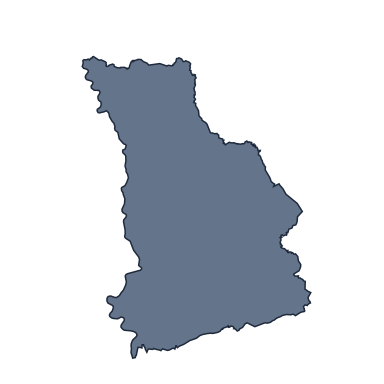 the district of Huetamo, Michoacán, Mexico, rotated 79°
{"feature_id": "50627088B12818336981253", "entity_name": "Huetamo", "entity_type": "district", "adm_level": 2, "iso_a3": "MEX", "parent_name": "Mexico", "parent_adm1": "Michoacán", "projection": "mercator", "projection_center": [-101.141, 18.66], "detail": "fine", "context": "isolated", "style": "filled", "palette": "slate", "viewbox_px": 384, "rotation_deg": 79, "n_neighbors": 0, "source": "geoboundaries", "source_scale": "gbopen_adm2", "svg_char_len": 6003}
<svg xmlns="http://www.w3.org/2000/svg" viewBox="0 0 384 384"><g transform="rotate(79 192 192)"><path d="M343.8,281.9L343.7,279.2L342.2,278.7L341.8,277.9L334.2,274.7L334.6,272.8L335.5,270.9L332.4,270.1L332.7,268.7L333.9,268.7L336.1,267.8L337.5,267.8L340.7,266.9L337.9,265.0L337.7,264.0L338.1,263.6L339.0,260.8L338.6,259.6L338.3,259.4L339.1,258.5L339.3,257.5L339.8,256.9L340.8,254.3L341.8,252.8L340.3,250.9L342.8,246.4L342.8,244.4L341.7,240.7L342.1,239.5L342.9,238.8L339.9,237.1L340.0,236.7L340.6,236.8L342.0,236.1L340.9,233.9L340.0,229.3L337.4,222.4L336.4,215.5L334.5,211.9L333.9,208.6L333.9,203.5L334.2,200.6L334.8,198.6L334.7,193.4L334.0,190.9L333.4,190.4L332.6,189.2L332.6,188.2L332.2,187.7L332.0,188.2L331.5,187.0L331.0,183.2L330.1,182.0L330.4,181.7L331.6,182.1L331.9,181.6L331.8,180.7L331.0,179.4L331.9,177.5L333.3,176.6L334.1,177.1L334.2,176.5L335.2,175.2L336.7,174.5L337.1,173.9L336.7,172.3L335.4,171.1L334.6,168.2L331.5,165.0L331.0,162.8L336.2,156.0L334.4,145.9L334.4,144.9L335.1,143.1L334.9,139.9L333.7,137.5L333.4,135.7L331.9,132.8L331.1,128.3L330.4,127.0L330.3,122.6L331.4,118.4L331.2,116.6L331.4,115.7L333.1,114.1L330.8,108.2L330.7,104.4L330.1,104.0L329.7,104.3L327.8,104.0L327.4,104.4L325.7,104.4L324.4,102.5L325.4,100.5L324.9,100.2L323.8,98.3L323.5,96.9L321.9,97.1L321.5,97.7L320.3,98.1L317.8,98.3L313.4,94.6L311.6,97.1L308.9,99.6L301.3,97.9L300.7,99.3L298.8,100.1L298.4,101.1L297.0,102.2L296.8,103.8L296.1,104.1L294.7,103.5L294.3,106.8L292.6,107.9L291.8,107.5L289.7,101.9L286.5,99.8L284.0,99.1L279.9,100.7L275.5,100.5L272.5,102.2L272.6,103.8L271.0,104.6L270.4,105.5L271.0,105.6L271.1,106.0L270.4,106.1L269.5,107.1L269.5,108.1L270.0,108.6L269.6,109.5L268.7,109.3L268.4,109.9L267.7,109.2L267.5,110.4L265.3,112.0L264.6,113.8L263.3,115.3L262.8,115.3L262.6,114.3L262.1,113.7L260.8,114.4L260.6,115.2L259.4,114.6L258.7,115.3L256.2,113.9L254.5,113.6L253.6,114.2L253.4,112.5L252.5,113.2L251.3,112.6L251.3,111.6L252.5,110.7L251.9,107.8L252.3,107.4L251.4,107.0L249.9,107.2L249.7,106.5L250.2,106.0L250.1,105.6L246.9,104.0L246.6,101.2L246.3,100.6L244.2,99.4L244.1,96.5L242.8,95.4L240.6,94.3L236.5,93.2L232.2,87.4L223.3,90.9L212.1,100.2L206.2,102.1L201.3,104.9L200.6,105.0L202.1,110.8L200.0,109.4L198.5,111.0L196.5,112.4L194.1,112.6L192.1,113.1L184.3,115.9L181.3,115.1L180.0,116.1L178.3,116.2L177.6,116.9L174.8,117.1L172.7,117.8L170.5,118.0L169.0,118.6L168.3,119.7L165.7,119.0L164.8,117.2L164.2,117.0L164.0,119.3L162.0,119.3L160.3,119.9L160.6,120.8L159.8,121.5L158.6,120.8L158.1,120.9L157.8,121.9L158.7,122.2L158.8,122.5L158.0,123.5L157.6,123.4L157.5,122.5L156.8,122.1L156.6,124.4L156.1,124.6L154.8,124.0L154.5,124.5L154.6,125.0L153.7,126.3L154.1,127.5L153.0,127.9L152.4,128.6L152.9,129.5L152.9,130.2L154.0,130.9L154.6,132.3L154.2,132.9L154.3,135.4L153.2,138.3L153.5,138.6L152.9,139.1L152.9,139.7L151.7,141.2L151.4,143.8L150.3,145.9L152.0,150.3L150.3,150.8L150.6,151.4L150.3,151.9L149.7,151.5L148.9,151.8L147.3,150.9L147.2,151.8L145.8,151.8L144.1,155.3L141.1,155.0L140.0,156.1L139.3,156.3L139.1,158.9L138.0,160.5L137.7,162.1L137.0,162.7L128.4,164.3L126.8,165.1L123.6,168.4L121.9,168.5L118.6,170.6L113.4,170.1L109.5,171.3L108.8,171.8L107.7,172.0L105.7,171.4L104.5,173.2L103.9,172.6L103.1,172.6L101.9,171.0L100.6,171.2L99.5,172.0L98.3,171.4L97.3,171.5L97.3,170.4L94.1,169.9L93.4,170.4L91.6,170.1L90.9,170.5L87.7,168.3L86.5,168.1L86.2,168.7L85.7,168.7L84.7,167.9L82.1,167.9L80.9,166.3L80.2,166.2L79.6,166.8L78.7,166.9L77.9,166.3L77.5,166.6L77.0,167.7L77.6,168.1L77.8,168.9L77.2,169.5L76.5,169.4L74.3,170.3L72.6,169.9L72.0,171.1L69.4,169.9L67.9,170.2L67.8,169.8L65.9,168.9L64.3,169.8L62.0,173.1L62.5,174.4L62.3,175.7L59.4,176.9L57.8,179.2L58.3,180.6L58.0,181.2L58.3,181.8L60.9,182.9L61.9,183.9L62.0,184.7L63.7,185.9L63.3,186.3L64.4,187.4L63.1,191.1L63.5,192.7L59.8,199.1L59.2,210.2L56.9,211.6L54.8,214.8L52.2,216.8L51.5,219.9L51.9,221.3L52.0,223.8L52.6,224.3L51.6,224.8L51.9,225.8L52.8,226.1L52.7,226.9L56.3,229.2L57.7,229.7L58.4,230.6L58.3,231.3L58.7,231.2L58.9,232.4L57.7,233.0L56.7,234.7L56.1,238.4L56.5,238.5L56.5,239.0L55.8,241.5L53.9,244.4L52.3,244.3L51.3,245.4L51.7,249.0L52.5,250.4L52.5,251.7L51.8,252.3L50.5,251.7L49.4,252.0L48.6,251.5L47.5,252.4L44.9,256.1L45.0,258.0L40.2,262.9L40.4,263.9L41.3,264.4L41.4,265.7L41.8,265.8L41.9,266.4L42.8,267.6L42.0,267.9L41.7,268.8L42.2,270.4L41.5,272.7L42.1,274.0L45.0,274.3L47.8,275.8L49.9,274.8L51.3,272.0L52.8,270.7L54.4,270.9L56.8,273.6L58.2,274.6L59.2,274.8L60.5,274.6L61.7,273.8L63.4,270.4L64.7,268.6L65.8,268.4L66.8,268.8L68.9,270.9L70.8,270.9L73.5,268.5L74.5,264.0L76.3,263.3L77.6,263.7L80.0,266.0L81.8,266.4L84.0,266.2L86.4,264.2L89.3,264.6L91.1,265.7L92.8,269.2L94.0,269.6L94.9,269.5L96.1,269.0L96.7,267.8L96.5,262.9L95.9,260.6L97.0,259.6L98.9,258.6L102.4,258.6L107.4,256.9L109.5,255.6L113.1,255.1L114.6,255.8L116.7,255.7L119.3,253.4L125.9,253.3L131.1,250.3L132.0,249.5L132.6,248.3L133.6,247.7L136.2,248.9L137.2,249.8L137.6,251.9L139.2,252.4L140.4,252.3L142.9,250.5L144.1,250.2L148.6,250.9L153.8,252.8L157.0,252.4L159.7,252.8L162.0,251.9L165.9,251.7L170.2,254.3L173.0,256.6L174.2,260.2L175.2,260.7L177.3,260.8L179.8,259.8L180.9,260.0L185.9,259.2L190.9,260.6L195.5,264.0L197.6,264.3L199.1,263.7L201.4,261.1L202.8,260.9L204.3,261.8L206.2,264.2L207.9,264.9L216.3,264.9L220.2,265.5L222.5,266.5L223.7,266.5L224.8,265.9L228.5,262.1L238.1,260.4L245.7,256.7L248.3,256.4L253.6,258.3L254.8,257.9L256.3,256.3L257.7,256.0L258.9,257.4L259.9,270.7L260.4,272.5L261.7,273.6L267.9,273.6L270.9,275.0L275.3,278.1L277.3,280.7L279.8,283.0L281.2,286.3L280.7,288.0L278.5,291.8L278.6,294.3L280.1,295.7L282.7,296.3L285.0,295.7L288.2,291.7L289.5,291.1L291.0,291.5L293.6,293.0L295.5,295.5L296.9,296.5L297.8,296.6L298.9,296.2L300.6,294.5L301.3,292.8L302.3,289.1L301.2,285.5L302.4,283.1L303.8,282.7L305.4,283.2L309.0,286.8L310.8,287.5L311.7,287.2L313.7,286.0L314.8,284.8L316.6,278.5L318.1,275.4L319.6,273.9L321.1,273.3L322.4,273.5L323.2,274.1L326.0,278.5L329.1,280.5L331.4,281.2L334.1,281.3L337.8,282.5L343.8,281.9Z" fill="#64748b" stroke="#1e293b" stroke-width="1.5"/></g></svg>